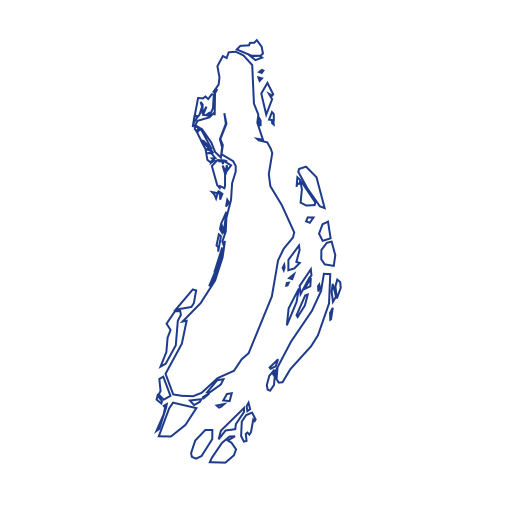 Bhola, Barisal, Bangladesh, rotated 12°
{"feature_id": "16705992B37732832620169", "entity_name": "Bhola", "entity_type": "district", "adm_level": 2, "iso_a3": "BGD", "parent_name": "Bangladesh", "parent_adm1": "Barisal", "projection": "natural_earth1", "projection_center": [90.703, 22.35], "detail": "fine", "context": "isolated", "style": "outline", "palette": "blue", "viewbox_px": 512, "rotation_deg": 12, "n_neighbors": 0, "source": "geoboundaries", "source_scale": "gbopen_adm2", "svg_char_len": 6173}
<svg xmlns="http://www.w3.org/2000/svg" viewBox="0 0 512 512"><g transform="rotate(12 256 256)"><path d="M180.3,104.2L181.9,104.8L182.0,103.2L183.4,100.8L182.1,105.4L186.3,126.9L185.3,124.4L181.6,130.1L170.7,135.9L169.5,140.8L177.0,143.3L188.7,154.3L194.4,162.8L201.2,167.0L200.2,156.6L196.4,149.3L199.0,132.9L195.3,122.9L199.6,132.7L196.8,149.0L200.5,154.5L201.1,163.6L213.9,168.0L217.4,172.1L218.6,177.7L217.5,189.9L219.9,206.3L219.1,224.7L221.3,238.3L220.1,248.8L222.1,252.2L222.5,247.7L223.6,264.2L221.1,288.4L211.6,313.7L197.8,335.4L201.6,333.8L201.7,357.2L192.0,390.0L203.8,408.6L212.5,408.2L223.7,406.2L231.2,401.2L243.9,383.4L258.3,372.9L263.5,359.9L269.0,352.6L279.9,292.4L278.5,255.7L281.6,243.0L288.3,230.3L288.5,225.0L270.6,200.8L255.5,184.7L251.5,173.3L250.5,152.0L248.3,148.2L243.4,142.5L234.6,142.3L232.5,141.1L238.6,140.8L229.6,125.4L228.9,117.2L222.3,107.4L212.6,70.0L202.0,62.4L193.8,60.4L187.0,62.4L186.1,68.5L182.0,67.3L178.8,78.4L183.1,88.8L183.8,96.1L180.3,104.2ZM337.3,287.2L332.4,258.3L326.1,259.3L326.9,276.8L322.1,298.0L308.1,332.4L299.3,363.6L299.3,366.0L300.6,363.5L301.7,372.2L304.6,375.1L308.2,374.0L313.1,359.6L328.7,332.7L333.1,320.6L337.3,287.2ZM229.3,417.2L205.3,416.7L202.7,423.3L198.4,452.6L210.4,450.2L222.1,435.9L229.3,417.2ZM313.2,194.9L298.8,166.4L286.4,158.2L280.1,161.8L279.8,164.8L292.0,179.0L308.1,194.1L313.2,194.9ZM185.6,384.1L190.1,380.1L196.1,360.0L193.0,335.6L194.8,329.2L193.3,325.6L188.2,327.0L182.6,340.8L187.8,346.1L186.5,354.2L188.3,368.7L185.6,384.1ZM253.7,467.3L269.0,464.5L275.8,455.6L276.7,449.3L270.9,443.8L266.7,442.3L273.0,436.7L267.6,438.1L261.5,446.0L254.8,462.5L253.7,467.3ZM239.5,466.7L244.3,463.0L251.3,444.2L249.5,435.3L242.6,436.7L234.9,449.2L233.5,462.3L235.0,465.8L239.5,466.7ZM208.2,169.5L205.1,169.1L198.4,170.2L194.1,177.1L203.3,194.7L206.3,197.0L206.3,195.1L211.0,196.3L211.1,193.7L208.6,181.9L204.5,174.5L209.2,180.0L208.5,173.2L210.2,178.0L212.8,172.5L206.3,170.3L203.8,170.3L204.7,173.0L203.2,170.5L199.4,171.2L203.2,169.8L208.2,169.5ZM333.4,238.8L327.0,226.2L322.5,228.4L318.7,236.5L320.5,245.6L324.9,249.9L334.1,249.5L333.4,238.8ZM166.9,131.3L170.5,131.3L171.4,129.4L172.2,121.0L169.7,116.8L172.3,118.9L174.0,128.1L176.5,120.2L174.9,128.9L177.7,128.7L181.2,124.9L178.5,128.6L181.3,128.7L183.2,120.6L181.2,106.9L179.1,107.0L176.6,112.4L173.3,110.5L171.4,112.9L166.5,113.5L166.9,131.3ZM289.6,415.9L284.7,410.0L279.4,413.7L276.5,420.9L278.9,435.3L282.8,440.1L285.2,438.8L283.0,432.2L284.3,430.5L286.6,432.1L287.7,429.3L287.3,416.5L289.0,417.8L289.6,415.9ZM194.3,58.0L210.2,61.0L218.8,59.2L220.7,56.5L218.0,50.1L211.9,44.7L209.9,47.8L205.8,48.8L205.4,51.4L197.0,53.7L194.3,58.0ZM239.2,94.3L231.2,84.3L227.4,96.0L236.6,115.6L239.2,99.3L235.0,94.7L238.4,95.8L239.2,94.3ZM188.6,325.2L203.4,319.3L205.0,315.0L204.6,302.1L201.1,301.9L188.6,325.2ZM302.8,191.2L285.3,174.2L284.0,174.1L287.0,181.1L288.5,194.5L294.7,196.2L302.8,194.0L302.8,191.2ZM271.7,429.7L271.3,424.5L276.7,411.1L275.9,407.2L258.0,434.1L257.6,443.1L262.5,433.0L271.7,429.7ZM189.7,411.7L195.6,415.7L201.4,410.6L190.4,393.3L187.0,396.4L190.7,407.8L189.7,411.7ZM300.2,253.7L296.7,253.4L297.4,241.1L295.9,236.8L288.5,253.0L290.6,263.2L296.1,260.2L300.2,253.7ZM319.3,207.4L314.5,211.1L313.0,221.1L318.1,227.3L325.3,223.2L319.3,207.4ZM300.6,317.4L305.2,292.8L304.7,278.9L298.8,300.4L300.6,317.4ZM307.5,284.0L312.8,265.9L314.3,263.5L312.4,257.6L304.9,276.1L307.5,284.0ZM297.8,384.8L300.4,378.4L299.4,370.0L296.0,366.8L293.9,370.4L293.4,380.2L295.2,384.3L297.8,384.8ZM239.6,398.5L248.3,389.0L249.8,383.3L243.9,385.5L236.7,399.2L239.6,398.5ZM172.7,147.4L178.0,154.1L180.9,154.4L190.6,161.0L176.5,144.1L174.5,144.2L172.7,147.4ZM188.4,172.0L191.6,173.7L193.3,172.0L193.0,173.8L195.4,171.1L192.7,169.7L195.9,168.8L191.0,164.8L187.0,165.6L190.8,164.3L189.7,163.3L192.9,164.3L190.8,162.4L184.5,162.1L188.4,172.0ZM309.4,307.0L314.1,294.2L314.6,283.0L312.3,284.4L308.0,305.5L309.4,307.0ZM343.9,280.8L345.5,269.5L343.8,264.0L340.4,262.2L340.0,269.1L343.9,280.8ZM340.8,284.8L342.7,279.0L336.8,267.3L337.4,275.2L340.8,284.8ZM254.0,404.1L260.4,403.4L260.8,395.3L256.3,397.0L254.0,404.1ZM215.2,231.7L217.7,235.4L219.6,240.8L217.9,218.9L215.2,231.7ZM215.2,253.9L217.4,255.3L218.1,259.6L217.6,244.0L215.2,242.6L215.2,253.9ZM219.9,280.9L221.9,264.9L221.2,254.6L218.7,280.2L219.9,280.9ZM226.4,414.7L231.3,410.5L232.4,407.4L221.4,411.1L226.4,414.7ZM297.8,211.7L301.7,212.3L304.2,206.4L298.6,207.5L297.8,211.7ZM220.7,60.7L218.1,59.4L209.1,61.7L214.7,64.5L220.7,60.7ZM310.3,278.2L315.4,274.3L314.2,265.9L310.3,278.2ZM198.6,430.3L195.0,447.8L197.3,445.2L199.6,422.6L199.5,419.4L196.9,421.7L198.6,423.2L198.6,430.3ZM245.2,119.6L243.9,113.5L241.7,111.9L240.4,119.9L245.2,119.6ZM293.7,363.3L298.1,359.9L299.1,352.4L292.5,362.3L293.7,363.3ZM184.3,161.8L189.3,161.5L178.2,154.5L180.6,157.5L184.3,161.8ZM194.0,419.9L194.3,417.6L188.8,412.9L188.6,417.1L194.0,419.9ZM283.2,176.5L283.9,172.7L280.1,170.4L281.3,179.9L281.3,176.9L283.2,176.5ZM205.0,208.1L205.4,202.5L199.7,202.6L202.6,204.6L205.0,208.1ZM279.8,409.6L282.1,407.0L279.2,401.1L278.1,405.0L279.8,409.6ZM251.4,412.0L253.2,410.7L255.7,407.4L248.6,410.4L251.4,412.0ZM167.3,143.1L167.5,138.3L170.0,131.9L166.7,132.0L167.3,143.1ZM216.5,295.3L219.2,289.8L219.9,281.9L218.9,282.2L216.5,295.3ZM341.9,290.7L340.3,296.3L341.9,302.9L342.5,302.3L341.9,290.7ZM296.2,271.1L297.0,265.9L293.0,270.8L296.2,271.1ZM171.8,146.4L173.5,142.7L169.4,141.7L169.8,144.6L171.8,146.4ZM209.2,208.3L210.2,202.2L205.2,200.2L208.2,203.7L209.2,208.3ZM217.7,239.9L216.8,234.6L215.2,233.3L215.2,237.2L217.7,239.9ZM233.5,127.9L232.3,122.5L230.7,120.7L230.0,123.2L233.5,127.9ZM324.4,277.8L325.1,273.7L323.8,270.7L323.0,272.6L324.4,277.8ZM224.9,81.0L221.2,80.8L223.1,84.0L224.9,81.0ZM216.4,213.9L218.4,209.3L216.2,207.0L216.4,213.9ZM224.7,73.1L223.1,72.7L220.8,75.4L223.5,75.8L224.7,73.1ZM286.1,264.2L286.4,261.5L285.4,258.7L284.5,262.0L286.1,264.2ZM291.7,278.7L292.9,278.2L293.6,275.3L291.8,276.0L291.7,278.7ZM234.3,406.1L238.3,401.1L238.5,400.1L233.4,405.2L234.3,406.1ZM246.0,123.7L245.3,121.5L243.8,121.3L244.2,122.8L246.0,123.7ZM299.5,368.1L297.8,364.2L297.2,364.1L296.2,366.2L299.5,368.1Z" fill="none" stroke="#1e3a8a" stroke-width="2"/></g></svg>